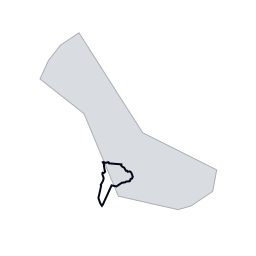 Piti, Guam (highlighted), rotated 283°
{"feature_id": "77769853B27536991093250", "entity_name": "Piti", "entity_type": "district", "adm_level": 2, "iso_a3": "GUM", "parent_name": "Guam", "parent_adm1": "", "projection": "albers", "projection_center": [144.681, 13.441], "detail": "fine", "context": "in_parent", "style": "outline", "palette": "ink", "viewbox_px": 256, "rotation_deg": 283, "n_neighbors": 0, "source": "geoboundaries", "source_scale": "gbopen_adm2", "svg_char_len": 1210}
<svg xmlns="http://www.w3.org/2000/svg" viewBox="0 0 256 256"><g transform="rotate(283 128 128)"><path d="M107.1,223.8L85.3,224.8L66.3,207.0L59.7,195.1L59.4,134.0L132.1,81.9L156.0,31.2L175.9,35.3L193.6,43.6L209.7,58.8L126.7,143.3L107.1,223.8Z" fill="#d9dde1" stroke="#a8b0b8" stroke-width="1"/><path d="M86.1,139.5L85.3,137.4L86.1,136.6L85.9,135.6L88.5,133.2L89.0,131.2L89.9,129.8L91.1,129.7L91.0,129.1L90.5,125.8L90.3,124.4L89.6,119.7L89.3,117.5L89.5,117.4L89.8,117.3L90.3,116.3L89.5,115.2L89.0,113.7L89.3,111.8L89.0,111.2L88.9,111.3L86.8,113.0L85.2,113.2L84.3,113.7L81.7,114.7L81.1,115.1L80.8,115.4L80.3,115.5L79.4,115.1L78.9,114.7L78.5,114.1L78.8,113.5L78.4,113.2L76.9,113.6L76.1,114.0L75.2,114.7L73.9,115.4L72.8,115.7L71.1,115.5L70.3,115.4L66.4,114.2L65.9,114.7L65.7,114.8L59.0,114.9L56.6,114.9L54.5,114.9L53.9,114.8L53.7,114.8L52.5,115.3L51.3,116.1L49.4,117.2L47.7,118.6L47.2,119.1L46.3,120.1L48.1,120.8L68.4,124.9L68.5,129.9L72.9,134.0L73.1,134.2L73.3,134.3L73.4,134.5L73.5,135.4L73.9,135.8L74.0,136.3L74.2,137.1L75.6,138.6L76.1,140.7L76.7,141.7L77.3,141.5L78.1,142.1L79.0,142.1L79.7,143.3L81.5,143.6L82.1,143.1L83.2,142.7L85.5,141.0L86.1,139.5Z" fill="none" stroke="#020617" stroke-width="2"/></g></svg>